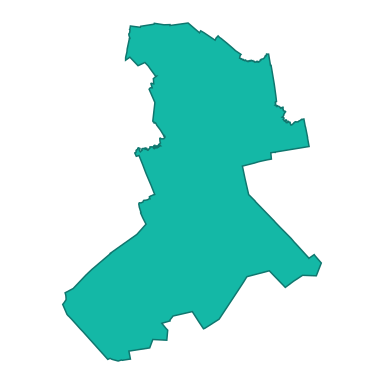 Gataia, Timis, Romania
{"feature_id": "2599482B24141184898976", "entity_name": "Gataia", "entity_type": "district", "adm_level": 2, "iso_a3": "ROU", "parent_name": "Romania", "parent_adm1": "Timis", "projection": "robinson", "projection_center": [21.418, 45.392], "detail": "fine", "context": "isolated", "style": "filled", "palette": "teal", "viewbox_px": 384, "rotation_deg": 0, "n_neighbors": 0, "source": "geoboundaries", "source_scale": "gbopen_adm2", "svg_char_len": 5889}
<svg xmlns="http://www.w3.org/2000/svg" viewBox="0 0 384 384"><path d="M107.8,359.4L109.7,358.5L110.2,358.4L111.5,359.1L112.6,359.5L118.1,361.0L118.6,360.9L121.4,360.0L122.2,360.3L129.3,359.2L130.4,359.1L128.9,351.1L149.7,347.9L152.8,339.5L166.8,340.2L167.7,330.2L166.0,328.4L161.8,323.3L170.1,320.9L170.0,319.9L173.1,316.0L192.3,311.6L198.9,321.9L203.5,328.8L204.8,328.3L219.1,319.2L237.2,291.8L243.5,282.2L246.5,277.3L247.2,276.6L269.3,270.8L285.3,287.4L293.6,281.2L302.6,275.3L316.3,275.8L321.3,263.0L314.9,255.6L314.2,254.6L308.9,258.3L308.6,257.8L295.3,243.2L294.8,242.8L291.1,238.4L280.1,227.3L275.2,222.2L274.2,221.0L257.4,203.7L255.3,201.5L255.0,200.9L249.1,195.0L248.7,194.7L245.0,178.6L242.4,166.1L254.6,163.0L258.1,161.9L260.9,161.2L267.4,159.8L271.4,159.1L270.8,152.8L273.8,152.3L275.2,152.4L275.2,152.1L278.0,151.6L309.1,146.5L307.5,137.8L307.6,137.5L305.5,126.9L305.3,126.7L303.9,119.0L302.8,119.2L302.4,119.5L302.0,119.3L301.6,119.3L301.2,119.6L301.1,119.9L300.7,120.0L300.0,120.6L298.6,121.2L298.3,121.7L298.0,121.9L297.0,121.8L296.4,122.0L295.8,121.7L295.1,121.8L294.9,122.2L293.9,122.7L293.8,123.3L292.6,124.1L291.8,124.9L290.9,125.0L290.7,124.8L290.6,124.0L290.1,123.5L290.2,122.6L290.1,122.3L289.0,122.1L288.5,121.4L288.2,121.3L287.8,121.7L287.7,122.4L287.5,122.6L287.0,122.7L286.2,122.6L285.8,121.6L286.0,121.3L286.6,120.8L286.7,120.6L286.4,120.0L285.8,119.9L285.3,120.1L285.1,120.5L285.1,121.0L284.9,121.2L284.3,121.0L283.7,119.9L283.2,119.5L283.6,119.1L284.0,118.4L284.0,118.2L283.8,117.7L282.1,117.2L282.6,116.7L283.0,116.6L283.3,116.0L283.7,115.5L283.8,115.0L283.7,114.3L284.5,113.6L284.5,113.3L284.7,112.5L285.5,112.0L285.6,111.8L285.6,111.6L284.9,111.1L284.6,111.2L283.4,110.6L283.1,109.5L283.3,109.2L283.2,108.9L282.4,108.4L282.4,108.2L282.7,108.0L282.7,107.8L283.1,107.5L283.1,107.3L282.3,107.3L280.6,108.2L280.4,107.9L280.5,107.5L280.3,107.3L279.8,107.3L279.0,106.4L278.1,106.2L277.1,106.5L277.1,106.4L277.2,105.9L277.2,105.7L276.7,105.7L276.2,106.0L276.1,105.9L276.1,105.4L276.0,105.1L275.7,105.0L275.1,105.0L275.7,104.2L275.6,103.6L275.2,102.9L275.3,102.1L275.6,101.7L275.9,101.6L276.2,101.8L276.5,101.6L276.2,98.8L275.8,95.5L274.3,84.5L271.1,65.4L270.5,65.5L268.6,54.1L267.6,54.2L266.9,54.0L266.5,54.0L266.4,54.2L266.5,54.9L266.0,55.4L266.0,55.8L265.6,55.7L265.0,56.2L265.0,56.9L263.7,58.5L263.3,58.8L261.8,59.1L260.9,59.5L260.9,60.1L260.3,60.2L260.4,60.6L259.5,61.3L258.7,62.2L258.2,62.1L258.0,61.5L257.7,61.3L257.4,61.4L257.1,61.8L256.6,61.4L256.4,61.5L256.3,62.0L255.4,62.2L255.1,62.0L254.5,62.1L254.3,61.9L254.7,61.7L254.0,61.2L253.1,61.3L252.9,61.1L252.8,60.7L252.4,60.8L251.8,60.5L251.4,60.5L251.2,60.3L250.9,60.4L251.0,60.8L250.8,61.1L250.2,61.0L250.0,60.7L249.7,60.6L249.3,60.9L249.2,61.3L248.9,61.4L248.7,61.0L248.4,60.9L248.0,61.1L248.2,61.5L247.9,61.6L247.7,61.4L247.6,61.0L246.8,61.2L246.0,60.7L245.9,60.3L245.5,60.0L245.2,60.1L244.8,60.6L244.4,60.2L243.8,60.3L243.3,60.1L243.6,59.8L243.3,59.4L242.3,59.4L241.8,58.9L241.6,59.2L241.2,59.3L240.9,58.8L240.4,58.5L240.2,58.2L239.6,58.2L239.8,56.7L240.0,56.3L240.2,55.5L240.4,55.3L240.7,54.7L241.0,54.4L234.9,50.3L234.9,50.1L228.0,44.1L221.2,38.5L219.6,37.5L218.1,35.9L217.4,36.7L216.3,37.7L215.1,40.2L204.1,32.8L200.7,30.8L199.5,32.8L188.1,23.0L170.0,25.5L170.0,24.6L164.0,24.8L154.3,23.3L154.0,24.2L140.6,26.3L140.4,27.3L130.4,26.0L129.8,29.7L129.7,29.7L130.0,30.5L129.6,32.7L129.4,33.1L128.8,34.0L129.0,35.6L129.9,38.1L129.9,38.5L129.3,38.5L129.2,39.5L127.2,48.9L126.9,52.1L126.0,55.8L125.6,57.7L125.6,60.2L129.9,57.2L138.0,65.7L144.9,62.5L148.2,65.9L150.5,69.2L155.1,75.5L155.6,76.3L156.4,76.2L156.1,76.5L155.5,76.8L153.3,78.7L153.5,79.9L153.7,83.9L151.4,83.3L151.3,83.9L151.0,83.9L152.2,87.8L150.3,87.8L149.1,89.2L154.9,102.5L152.8,121.1L153.3,121.9L154.0,122.1L154.0,122.7L154.2,123.1L155.3,122.8L155.6,122.9L155.9,123.7L156.4,124.2L156.7,125.1L160.4,130.0L163.2,134.6L163.7,134.9L163.9,135.1L163.6,135.8L163.7,136.0L164.9,136.3L164.9,136.6L164.5,137.1L164.9,137.4L164.9,137.6L164.2,138.1L164.0,138.6L163.2,138.8L161.1,138.8L160.6,138.2L160.4,138.1L160.1,138.1L159.8,138.4L160.0,141.3L160.5,143.0L160.0,143.3L160.0,143.7L158.6,144.5L158.5,144.9L158.7,145.2L160.1,145.3L160.5,145.7L160.3,145.7L159.5,146.4L158.8,146.2L158.5,146.3L158.4,146.6L158.5,147.0L158.3,147.3L157.8,147.4L157.8,146.7L157.5,146.0L157.2,145.8L156.8,145.8L156.5,146.0L156.4,146.3L156.7,147.9L156.0,147.8L155.8,146.9L156.2,146.6L156.2,146.3L155.1,146.1L154.9,145.9L155.0,145.4L154.5,145.3L154.0,145.6L153.6,146.3L153.7,146.6L153.9,147.0L154.6,147.8L154.7,148.5L154.3,148.7L153.5,148.2L153.3,147.2L153.1,147.0L151.7,146.8L150.8,147.0L150.3,146.8L150.1,146.8L149.9,147.1L150.0,147.9L149.8,148.2L149.2,148.9L148.4,149.2L148.3,150.0L147.9,150.3L147.7,150.3L146.8,149.5L146.4,149.4L146.8,148.8L146.8,148.4L146.6,148.3L145.4,148.0L144.9,148.9L144.6,148.4L144.2,148.2L143.3,148.7L142.6,148.5L142.2,148.6L141.9,149.0L141.8,150.1L142.0,150.4L141.3,150.9L140.3,151.9L140.2,151.8L140.3,151.4L140.2,151.1L139.5,150.8L139.3,150.0L140.0,149.2L140.0,148.6L139.8,148.3L139.2,148.2L138.5,147.8L138.3,147.8L137.9,148.1L137.7,148.4L137.8,149.0L137.4,149.3L137.2,149.7L136.7,149.8L136.3,150.1L136.0,150.9L136.1,151.7L135.8,152.6L134.8,152.9L134.8,153.0L136.3,156.3L139.0,155.5L142.8,164.9L145.7,172.6L146.3,174.1L151.2,185.6L154.7,194.5L152.9,195.0L151.8,195.6L150.8,195.9L150.4,196.3L149.5,196.6L149.3,196.9L149.9,198.6L149.5,198.5L148.1,199.5L147.1,199.9L145.1,200.3L143.9,200.3L143.4,200.8L142.9,202.0L142.7,202.1L140.9,202.9L139.3,202.8L139.0,203.2L138.8,204.1L138.9,204.6L139.3,207.2L140.7,211.7L141.0,212.3L140.6,212.8L140.8,213.4L142.8,217.9L146.0,224.2L136.9,234.4L110.4,253.2L110.7,253.4L91.9,269.4L86.1,274.9L73.2,288.5L65.1,292.8L65.7,294.9L65.9,296.0L66.1,299.2L66.0,299.8L64.0,302.8L62.7,304.4L67.0,314.4L68.2,315.8L68.3,315.8L71.6,319.2L80.2,328.8L82.7,331.4L107.8,359.4Z" fill="#14b8a6" stroke="#0f766e" stroke-width="1.5"/></svg>